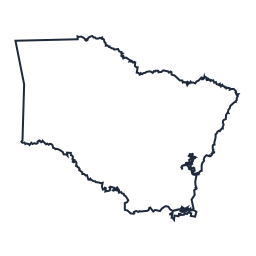 outline of Central Coast (Tas.), Tasmania, Australia, rotated 89°
{"feature_id": "25037944B34694615904571", "entity_name": "Central Coast (Tas.)", "entity_type": "district", "adm_level": 2, "iso_a3": "AUS", "parent_name": "Australia", "parent_adm1": "Tasmania", "projection": "equal_earth", "projection_center": [146.11, -41.27], "detail": "fine", "context": "isolated", "style": "outline", "palette": "slate", "viewbox_px": 256, "rotation_deg": 89, "n_neighbors": 0, "source": "geoboundaries", "source_scale": "gbopen_adm2", "svg_char_len": 5713}
<svg xmlns="http://www.w3.org/2000/svg" viewBox="0 0 256 256"><g transform="rotate(89 128 128)"><path d="M35.6,176.8L38.4,176.8L38.8,239.0L82.6,231.1L138.4,233.7L139.7,234.8L140.2,234.6L140.9,233.8L140.8,231.7L142.2,231.0L141.7,229.9L142.3,227.7L143.3,226.7L141.1,224.9L142.3,223.8L141.6,221.8L142.2,220.0L141.4,218.6L140.1,218.6L139.1,217.4L139.0,216.8L139.7,216.6L139.7,215.7L140.7,215.1L140.4,214.1L139.3,213.6L142.9,210.2L142.2,209.1L143.3,207.6L142.5,206.6L142.7,205.1L143.8,203.9L146.6,203.1L146.8,202.0L147.9,200.9L147.6,199.2L149.1,196.1L151.0,193.5L153.2,192.8L153.4,190.1L154.6,189.0L151.6,189.4L151.9,185.6L154.1,185.6L154.7,184.3L156.1,183.5L158.0,184.1L159.0,182.4L160.0,183.8L160.8,183.9L161.3,183.1L160.5,181.2L160.7,180.6L163.0,180.1L165.0,180.6L165.2,179.6L166.3,179.1L166.6,178.0L168.2,177.1L169.2,177.6L171.4,174.6L173.2,174.4L173.2,172.7L174.8,171.1L174.5,169.8L178.9,168.5L179.0,167.9L178.1,166.7L179.0,166.5L178.8,165.9L180.4,163.8L180.8,161.6L181.6,161.1L182.0,157.9L182.7,156.3L182.3,154.3L186.0,155.1L189.1,154.2L188.8,153.1L187.3,152.1L187.9,151.2L191.1,151.8L190.2,147.4L188.6,146.7L187.1,147.6L186.4,146.4L187.6,142.6L188.6,142.5L190.1,144.2L190.4,143.7L189.7,142.0L190.3,140.0L188.2,140.7L187.3,139.9L190.3,137.9L192.4,138.2L192.0,135.9L193.3,135.1L193.7,133.4L195.3,133.0L196.1,131.5L200.2,129.0L202.2,130.2L203.0,132.5L209.7,132.6L210.6,129.8L213.4,126.9L213.9,123.8L213.3,123.2L212.1,123.5L211.1,121.4L212.1,119.0L211.3,118.1L211.7,116.5L211.1,109.9L210.2,108.7L208.4,108.2L207.9,107.2L211.9,104.2L210.4,102.3L211.6,97.5L209.2,95.6L207.3,92.8L206.8,91.2L207.5,89.0L210.1,87.3L211.6,84.9L210.1,78.3L210.7,76.8L211.0,72.9L210.7,72.8L210.5,72.3L210.3,72.3L210.4,74.7L209.2,74.8L208.9,76.1L207.8,75.5L209.3,73.5L209.8,71.5L209.2,71.5L208.5,70.2L209.3,70.7L210.0,69.6L208.7,69.0L210.1,69.3L210.2,68.2L210.9,67.9L210.0,67.1L210.8,67.1L210.8,65.0L209.6,63.9L200.7,65.7L196.1,62.5L191.4,62.9L190.1,60.9L189.2,61.4L189.1,60.6L186.4,61.5L182.8,61.7L175.6,60.2L175.6,57.4L175.4,59.4L176.0,62.6L175.3,64.3L173.5,64.8L172.3,64.4L172.7,65.0L170.9,65.2L170.6,66.4L169.4,67.2L170.0,67.4L170.6,68.1L169.0,67.4L166.7,69.2L165.5,68.2L165.5,67.2L164.8,68.0L165.4,68.8L164.4,69.6L166.0,70.5L166.8,74.5L168.2,75.3L169.0,74.5L169.6,74.6L169.7,74.9L169.6,75.4L169.6,74.7L169.1,74.6L168.9,75.0L168.3,75.3L168.1,75.3L166.8,74.6L165.4,71.0L163.9,70.5L163.8,69.3L164.6,68.6L163.9,68.2L165.0,66.6L164.0,66.3L161.0,67.5L159.5,65.2L158.4,65.1L156.6,68.5L156.8,67.3L156.3,66.5L155.7,66.1L155.0,67.3L155.3,65.3L156.0,65.3L154.6,63.3L156.8,64.5L159.4,64.2L157.8,63.7L157.7,62.8L158.2,62.2L158.0,61.6L158.2,61.3L158.4,62.8L159.5,61.9L159.7,62.3L159.0,63.0L160.6,63.9L161.1,63.6L161.4,63.6L160.8,64.5L161.3,64.8L165.0,64.4L166.2,66.4L167.3,66.0L168.3,67.0L169.5,64.4L168.7,63.4L169.2,62.5L171.9,62.1L173.0,63.9L175.0,63.5L174.7,60.6L174.0,58.9L174.4,58.6L174.3,59.2L174.5,59.7L174.8,58.1L172.9,57.0L172.1,56.0L172.1,55.1L166.5,55.0L164.2,54.3L162.0,52.5L160.8,52.8L158.5,52.0L156.6,50.1L157.3,47.9L157.0,47.3L157.6,47.1L157.7,46.0L156.3,44.7L155.5,45.1L154.9,43.9L154.2,44.0L154.1,42.4L153.7,42.2L152.3,43.5L150.9,43.0L150.4,43.6L147.5,43.6L146.5,43.2L146.1,41.8L144.4,42.0L139.1,40.6L135.8,40.5L135.2,39.5L133.4,38.7L132.2,36.9L132.7,36.2L130.1,34.3L130.2,33.2L128.5,33.2L126.2,32.3L124.5,33.1L122.5,32.8L121.5,31.9L120.8,30.1L116.5,29.7L114.7,28.4L114.8,27.4L114.0,27.9L111.4,27.2L110.2,26.0L107.7,25.3L104.2,21.3L103.8,19.7L103.1,19.9L102.0,18.8L100.1,18.8L98.0,17.7L97.3,17.9L96.1,17.0L96.1,18.0L96.7,18.8L94.4,19.8L94.2,19.3L93.1,19.5L90.8,21.6L90.8,23.8L91.5,25.6L90.1,25.5L89.5,27.4L90.2,29.0L89.0,29.3L89.1,30.6L88.3,30.7L87.7,32.4L86.6,32.9L88.0,34.2L86.7,34.6L87.1,35.5L86.8,36.0L85.6,35.7L86.2,37.0L85.8,38.6L83.6,39.3L84.2,41.0L81.8,41.9L82.0,43.4L81.4,44.2L82.3,44.8L80.5,46.5L81.3,46.9L81.5,48.3L81.0,48.6L80.1,47.5L78.5,49.3L79.2,50.3L77.9,50.7L79.3,51.0L79.0,52.6L80.5,52.2L80.6,53.2L79.2,54.1L82.0,56.8L82.6,58.6L84.5,60.0L83.7,61.9L83.8,63.7L82.7,64.6L84.3,65.5L83.2,67.2L84.9,67.2L86.2,68.0L83.1,69.2L83.4,70.5L83.0,71.2L83.5,72.4L81.5,72.8L81.3,75.4L76.2,80.6L75.7,82.9L75.1,83.6L73.0,83.5L72.3,84.4L73.3,86.2L72.1,87.0L71.0,91.7L72.6,93.8L72.8,96.5L71.4,96.7L71.2,99.5L72.1,100.2L71.7,101.3L73.3,102.3L71.8,104.6L71.9,106.9L72.3,108.8L73.1,109.6L73.4,111.7L74.4,112.8L73.5,114.1L74.4,114.3L74.9,115.3L73.1,116.5L72.8,118.3L67.5,117.3L67.4,118.6L66.1,120.0L62.5,119.6L62.0,120.6L62.7,121.7L62.2,122.0L61.8,123.4L61.2,122.8L60.7,123.3L61.2,125.1L60.4,124.6L57.6,128.6L57.9,130.6L57.5,131.4L58.0,131.7L57.2,132.1L56.5,131.2L55.8,131.4L56.2,132.7L55.8,133.4L54.0,133.1L53.4,132.2L53.0,133.3L52.1,133.1L51.3,135.4L48.9,136.5L49.3,140.5L48.4,141.0L48.0,142.9L46.7,145.0L46.2,145.1L46.5,145.8L45.2,147.0L45.3,148.7L44.3,148.4L43.7,149.0L42.4,149.0L41.7,150.0L39.0,150.6L38.5,151.3L38.5,152.3L37.1,152.3L37.7,153.7L37.4,154.8L38.0,155.8L38.1,158.2L36.8,159.6L37.0,160.6L35.4,162.1L35.6,163.1L36.9,166.0L38.2,166.5L38.4,167.3L39.4,167.1L40.0,168.3L39.5,169.1L38.1,169.5L36.8,171.2L35.8,173.2L36.1,175.9L35.6,176.8ZM217.8,62.5L213.0,61.1L211.1,63.9L211.9,67.9L211.4,70.1L212.3,71.7L212.9,74.8L212.7,76.0L211.8,77.9L212.8,75.2L212.5,74.6L211.8,75.7L212.5,74.1L211.9,73.3L211.8,74.4L211.2,74.4L210.4,78.5L211.7,84.7L213.6,85.0L214.5,87.2L214.9,87.3L214.7,86.1L215.7,85.9L215.4,85.3L218.5,85.9L218.6,85.0L220.6,83.6L216.4,83.0L217.1,79.0L214.8,78.6L214.9,77.0L215.9,77.1L215.7,73.6L214.6,73.1L215.0,70.5L214.1,70.1L213.6,68.4L214.4,66.3L217.0,66.7L217.8,62.5ZM211.2,73.1L211.1,74.3L211.9,72.9L211.2,73.1ZM157.9,65.0L156.0,64.4L156.9,65.0L157.9,65.0ZM211.1,72.3L210.8,72.8L211.0,72.8L211.1,72.3ZM211.6,72.5L212.0,72.3L211.9,71.7L211.8,72.2L211.6,72.5Z" fill="none" stroke="#1e293b" stroke-width="2"/></g></svg>